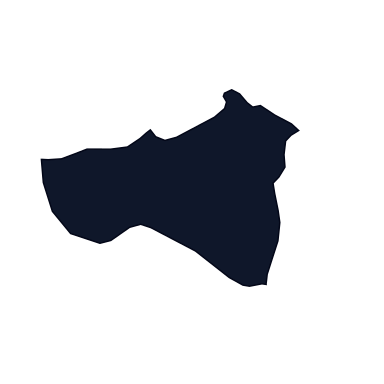 the border of Pehčevo, rotated 142°
{"feature_id": "MKD-3007", "entity_name": "Pehčevo", "entity_type": "Statistical Region", "adm_level": 1, "iso_a3": "MKD", "parent_name": "North Macedonia", "parent_adm1": "", "projection": "natural_earth1", "projection_center": [22.871, 41.774], "detail": "fine", "context": "isolated", "style": "filled", "palette": "ink", "viewbox_px": 384, "rotation_deg": 142, "n_neighbors": 0, "source": "natural_earth", "source_scale": "10m", "svg_char_len": 823}
<svg xmlns="http://www.w3.org/2000/svg" viewBox="0 0 384 384"><g transform="rotate(142 192 192)"><path d="M190.5,73.6L193.4,76.6L204.7,82.4L209.2,87.3L215.3,101.7L225.6,143.4L246.3,189.2L252.3,198.2L262.9,202.6L285.8,203.8L296.1,208.3L313.2,234.0L313.9,262.7L303.3,291.0L290.6,310.4L290.1,310.0L285.5,306.0L274.5,298.5L261.6,294.4L248.3,290.4L229.9,275.9L215.2,267.2L200.0,266.1L191.7,266.6L186.6,266.6L186.6,257.9L181.6,249.3L170.5,244.6L128.2,237.1L114.9,237.7L109.3,241.7L108.4,248.1L105.6,249.9L97.8,248.1L94.1,240.0L93.6,228.4L91.9,221.5L84.9,218.0L79.5,201.8L71.7,184.4L70.1,174.8L79.0,175.8L86.8,174.6L96.5,164.8L103.4,154.4L114.4,150.3L122.7,149.1L127.8,139.9L135.6,124.3L141.6,113.9L154.4,100.6L171.5,89.0L183.4,80.9L187.4,76.8L190.4,73.8L190.5,73.6Z" fill="#0f172a" stroke="#020617" stroke-width="1.5"/></g></svg>